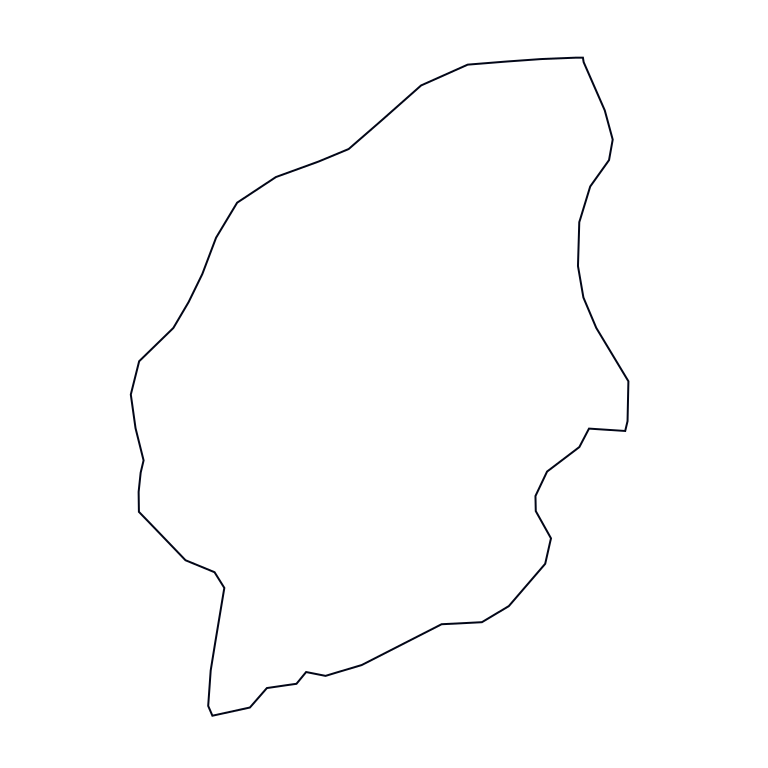 Kalima, Maniema, Democratic Republic of the Congo (Albers equal-area conic projection), rotated 172°
{"feature_id": "63176286B20601319898864", "entity_name": "Kalima", "entity_type": "district", "adm_level": 2, "iso_a3": "COD", "parent_name": "Democratic Republic of the Congo", "parent_adm1": "Maniema", "projection": "albers", "projection_center": [26.556, -2.511], "detail": "fine", "context": "isolated", "style": "outline", "palette": "ink", "viewbox_px": 768, "rotation_deg": 172, "n_neighbors": 0, "source": "geoboundaries", "source_scale": "gbopen_adm2", "svg_char_len": 952}
<svg xmlns="http://www.w3.org/2000/svg" viewBox="0 0 768 768"><g transform="rotate(172 384 384)"><path d="M141.6,679.5L148.1,680.4L183.1,683.9L218.1,686.3L256.7,688.6L305.7,674.5L350.1,645.1L386.3,621.6L417.8,613.4L462.2,604.0L504.2,584.0L529.9,552.3L548.6,518.2L566.1,492.3L584.8,468.8L623.3,440.6L636.2,408.8L636.2,374.8L632.7,341.8L637.3,330.1L642.0,311.3L644.5,291.5L633.7,276.7L606.9,239.6L605.1,237.1L578.0,221.2L570.5,204.3L587.1,151.5L595.5,124.4L602.9,89.7L600.1,79.4L561.8,82.3L542.3,99.2L522.0,99.3L512.4,99.3L501.2,109.6L482.5,103.1L471.0,104.9L445.2,108.8L360.4,138.1L346.4,136.8L320.2,134.5L291.3,146.7L249.4,183.5L241.1,205.4L240.1,207.9L251.4,237.0L249.6,252.0L234.7,274.6L199.3,294.4L196.3,298.6L187.2,311.3L151.7,303.9L148.0,313.3L141.6,352.7L166.0,410.0L174.5,441.9L175.5,473.8L168.1,517.1L166.7,520.0L152.3,550.9L130.0,574.4L123.5,594.2L127.3,624.2L141.5,674.9L141.6,679.5Z" fill="none" stroke="#020617" stroke-width="2"/></g></svg>